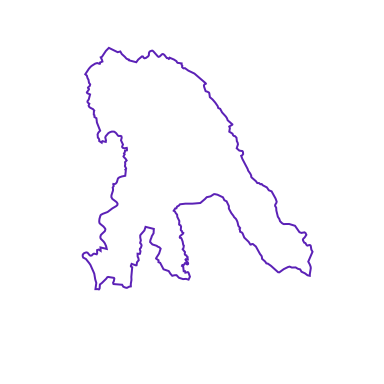 Nho Quan, Ninh Bình, Vietnam (orthographic projection), rotated 198°
{"feature_id": "81297802B37600217906847", "entity_name": "Nho Quan", "entity_type": "district", "adm_level": 2, "iso_a3": "VNM", "parent_name": "Vietnam", "parent_adm1": "Ninh Bình", "projection": "orthographic", "projection_center": [105.744, 20.312], "detail": "fine", "context": "isolated", "style": "outline", "palette": "violet", "viewbox_px": 384, "rotation_deg": 198, "n_neighbors": 0, "source": "geoboundaries", "source_scale": "gbopen_adm2", "svg_char_len": 6084}
<svg xmlns="http://www.w3.org/2000/svg" viewBox="0 0 384 384"><g transform="rotate(198 192 192)"><path d="M276.5,98.3L276.0,97.0L275.2,96.0L272.2,95.5L267.8,92.6L266.1,91.3L260.8,85.4L259.7,84.1L257.1,79.1L254.9,75.9L253.8,69.8L251.7,70.5L250.4,70.6L250.2,71.0L250.1,71.9L251.0,75.6L249.6,77.6L246.8,83.0L246.2,84.8L245.5,85.3L239.8,86.2L239.4,86.0L239.1,85.6L238.8,83.1L239.0,81.2L238.2,80.2L229.8,82.2L228.1,80.7L225.9,80.5L224.3,80.7L222.4,82.6L221.0,83.3L221.8,85.7L222.4,89.6L223.5,92.6L225.6,101.9L227.1,102.3L227.3,102.7L227.2,105.0L222.6,104.9L222.1,105.2L222.6,108.2L221.6,110.7L222.6,112.6L223.7,113.7L224.7,116.5L222.5,117.0L222.4,117.4L222.7,119.8L223.7,120.9L224.0,122.0L223.4,123.2L223.4,125.4L224.0,126.5L225.6,127.5L225.7,130.2L227.1,132.6L227.8,134.6L227.7,135.4L225.4,140.7L225.4,144.5L216.9,145.1L215.8,140.9L216.6,137.5L216.5,136.4L216.7,133.5L216.4,131.5L213.5,129.9L208.8,129.9L208.1,129.5L205.9,129.3L204.3,128.4L204.3,123.2L205.6,118.4L205.6,117.6L202.7,116.7L202.2,114.9L200.4,114.8L195.2,109.7L189.7,109.6L187.3,107.6L184.9,106.2L183.0,107.4L181.0,108.1L177.9,106.4L173.6,106.4L170.9,107.5L168.2,107.6L167.8,110.8L170.0,113.7L170.7,114.4L171.3,114.5L173.4,113.2L174.2,114.5L175.4,114.1L177.4,118.5L178.2,118.4L178.7,118.6L178.6,119.6L177.1,120.4L176.6,122.3L176.0,122.4L174.8,121.7L174.0,121.7L173.5,122.2L173.6,122.9L174.2,123.7L176.1,124.5L177.3,125.7L177.1,126.2L175.1,126.5L175.2,126.9L175.8,127.3L176.0,128.7L176.9,128.9L177.6,129.9L179.3,130.2L179.8,130.9L180.1,132.7L183.2,134.7L182.8,136.0L183.2,138.5L184.0,139.0L185.6,142.0L187.6,144.5L188.1,144.9L189.3,144.7L189.7,145.2L189.7,146.4L187.6,149.7L187.6,150.4L188.9,150.7L189.5,151.7L190.7,152.1L191.1,153.0L191.7,155.7L192.7,156.8L193.9,156.9L194.2,157.1L195.1,160.5L198.3,163.8L199.2,165.9L200.8,166.8L202.1,168.1L203.6,168.5L202.9,171.2L201.8,171.7L201.7,173.5L200.3,175.0L199.6,176.6L194.8,178.8L187.6,181.2L180.7,184.1L177.5,189.3L176.4,191.6L173.0,193.6L170.6,196.6L169.8,197.0L166.9,197.3L160.9,196.5L158.7,194.2L156.2,193.8L152.6,190.0L151.8,187.6L148.1,184.1L145.2,182.1L144.3,181.2L141.9,180.0L140.7,178.9L139.4,177.4L137.5,174.2L135.1,172.6L135.4,171.4L134.6,170.6L134.0,169.1L132.2,168.9L131.1,168.3L128.2,164.8L122.7,162.1L120.3,160.1L119.8,160.1L118.8,161.1L118.0,161.3L114.4,159.9L108.1,154.0L106.1,152.7L105.4,151.7L104.7,150.1L101.0,148.5L99.2,147.1L97.7,147.3L94.1,146.2L85.3,142.3L84.1,142.6L80.9,147.0L77.5,150.3L76.1,151.2L73.7,151.0L70.1,152.3L67.7,151.7L65.2,151.8L63.2,150.0L59.6,149.6L56.4,148.5L54.1,148.7L54.6,150.5L55.5,156.3L56.1,157.6L57.6,159.5L59.9,161.7L58.9,172.4L60.7,174.1L62.4,177.4L63.0,177.9L64.1,177.8L65.6,176.7L66.0,176.7L66.7,177.0L68.4,178.5L69.6,178.5L71.3,180.1L71.8,180.9L71.7,182.0L70.8,183.6L70.0,186.6L71.3,188.0L72.5,188.4L75.3,186.9L77.4,187.0L83.6,191.7L89.8,191.6L95.0,189.8L96.8,190.2L99.2,191.4L100.7,193.4L102.7,195.0L106.1,200.5L107.1,203.1L108.7,204.5L108.9,205.7L108.4,207.8L108.5,209.0L110.5,211.6L116.5,217.2L119.5,217.4L122.2,219.5L126.9,220.3L128.2,221.1L129.4,220.5L131.0,221.2L132.7,220.7L134.5,222.0L139.9,224.3L140.4,224.8L140.8,226.0L142.4,227.6L145.2,229.7L146.2,231.1L154.3,239.0L156.4,241.6L155.6,242.4L155.1,243.9L155.9,245.8L156.7,246.5L159.8,246.0L163.0,247.4L163.0,251.5L163.9,253.1L165.0,254.1L166.5,257.4L168.4,258.4L169.7,258.3L170.6,258.8L171.5,260.0L175.2,260.9L175.7,264.4L176.8,265.8L174.5,268.4L174.5,268.8L180.2,271.2L181.5,272.9L183.1,274.2L188.0,277.0L190.9,279.8L193.0,280.0L194.1,281.6L197.5,284.2L201.1,286.4L204.3,287.7L206.1,291.3L206.6,291.8L208.1,292.1L210.2,292.1L213.0,295.8L213.6,297.1L213.4,298.1L212.3,299.3L212.7,299.7L226.3,305.4L233.0,306.3L237.0,307.6L238.1,307.0L238.8,307.1L240.1,307.8L240.3,309.2L241.3,309.9L241.6,311.1L245.6,310.4L246.3,310.7L247.2,311.6L250.1,312.4L254.7,312.8L254.8,311.8L255.2,311.4L256.3,311.9L257.3,311.6L260.6,313.8L261.7,314.2L262.4,314.2L263.1,313.7L264.6,310.9L265.5,310.2L266.4,310.4L272.0,313.7L273.2,314.2L273.7,314.1L275.2,313.0L275.7,312.3L275.9,311.0L275.3,308.7L275.6,307.5L277.3,305.2L278.5,304.5L279.4,304.7L280.6,305.7L281.5,305.5L284.1,301.3L285.1,298.2L292.1,297.8L292.8,297.8L292.9,298.4L295.4,298.5L297.8,299.9L301.4,301.5L303.6,303.5L305.9,302.0L315.6,303.4L317.5,299.6L319.4,292.8L320.4,291.9L318.5,289.9L317.5,288.4L319.5,286.7L319.2,285.6L319.7,285.3L321.7,285.4L322.4,285.1L323.8,284.1L326.2,281.2L327.0,280.0L328.1,277.5L329.9,271.0L328.0,270.2L326.5,268.0L325.1,266.7L323.7,264.0L322.1,262.9L322.0,261.4L323.2,259.2L322.9,258.7L321.8,258.1L321.7,257.7L322.8,254.3L322.1,253.6L319.1,253.3L318.8,248.1L319.4,246.3L319.3,245.4L318.4,244.7L316.9,244.2L317.0,242.1L316.1,241.2L314.8,240.7L311.7,240.2L310.1,239.2L310.2,238.3L309.3,235.2L308.5,234.9L308.0,233.2L305.7,232.6L303.9,228.7L298.3,221.9L299.4,219.6L299.6,217.6L298.3,214.6L297.2,214.1L296.4,213.1L296.0,211.8L293.1,211.0L293.2,212.2L292.9,212.7L289.5,213.0L289.7,214.4L291.3,217.0L291.3,218.3L289.7,222.2L288.4,223.6L286.9,224.7L284.8,225.3L284.1,225.2L282.3,224.5L279.9,222.8L279.2,222.6L277.0,223.3L276.3,223.1L275.6,221.8L275.5,219.2L272.3,215.8L272.5,213.6L272.1,213.0L271.4,212.6L269.7,212.7L267.7,213.8L267.1,212.7L266.8,211.5L268.5,210.6L268.2,209.3L268.6,207.6L267.7,207.1L268.2,204.7L267.5,204.1L265.5,203.1L263.9,201.8L264.9,199.7L264.1,197.9L263.8,195.9L261.9,194.0L261.8,193.5L262.3,192.6L261.6,192.0L260.5,186.8L263.5,185.1L265.6,183.5L266.6,182.0L266.5,178.2L266.8,177.1L267.3,176.2L268.6,175.3L269.3,175.3L269.3,175.0L268.3,173.5L268.8,171.7L268.0,170.4L267.6,168.9L267.6,164.0L267.1,162.2L265.6,160.8L260.9,159.2L259.8,158.5L259.1,157.7L259.0,156.5L259.7,155.2L262.7,151.8L266.1,146.9L270.2,143.6L271.5,142.2L271.8,141.4L271.7,137.8L271.2,135.5L270.5,134.0L269.4,133.3L265.5,131.8L263.2,130.3L262.8,129.5L262.8,127.8L264.9,124.0L265.4,122.8L265.3,121.0L264.8,119.9L264.2,119.3L260.7,117.5L259.1,116.3L257.0,114.0L255.5,111.5L261.9,111.0L260.7,107.8L263.0,108.4L264.3,107.4L263.2,104.2L263.4,103.3L266.1,103.1L266.8,102.5L267.8,100.6L268.8,100.1L269.7,100.2L272.6,102.0L273.9,101.9L275.6,100.6L276.2,99.7L276.5,98.3Z" fill="none" stroke="#5b21b6" stroke-width="2"/></g></svg>